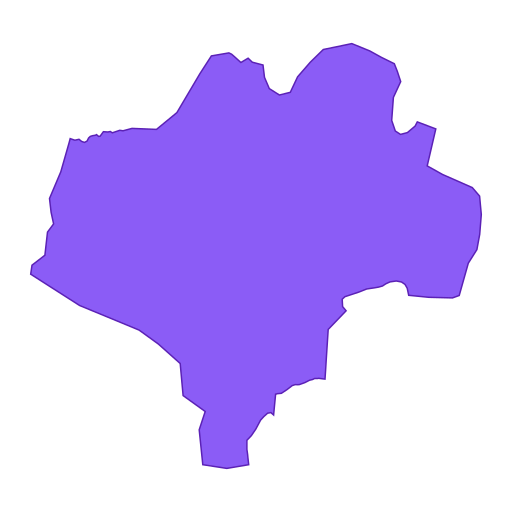 Tenenkou, Mopti, Mali
{"feature_id": "8926073B19754802458169", "entity_name": "Tenenkou", "entity_type": "district", "adm_level": 2, "iso_a3": "MLI", "parent_name": "Mali", "parent_adm1": "Mopti", "projection": "albers", "projection_center": [-4.939, 14.587], "detail": "fine", "context": "isolated", "style": "filled", "palette": "violet", "viewbox_px": 512, "rotation_deg": 0, "n_neighbors": 0, "source": "geoboundaries", "source_scale": "gbopen_adm2", "svg_char_len": 1727}
<svg xmlns="http://www.w3.org/2000/svg" viewBox="0 0 512 512"><path d="M346.1,310.8L342.6,306.6L342.2,299.2L344.9,296.7L359.1,292.0L366.6,289.0L369.9,288.5L374.6,287.8L378.6,287.1L382.5,286.0L385.8,283.8L390.0,281.9L396.3,281.0L401.5,282.0L405.0,284.4L407.2,288.2L408.7,295.3L428.8,297.3L452.5,297.9L459.2,295.5L468.3,263.2L476.9,249.6L479.7,234.4L481.3,214.6L479.6,196.1L472.3,187.6L442.6,174.5L427.2,165.9L435.8,128.9L417.3,121.9L415.1,126.1L407.4,132.6L400.5,134.4L395.3,131.0L391.7,120.4L393.4,97.4L400.7,81.6L397.3,71.3L394.3,63.7L381.5,57.4L369.7,50.9L351.8,43.6L323.3,49.5L310.3,62.2L297.6,76.8L290.3,92.3L279.4,95.0L269.3,88.6L264.5,77.4L263.0,65.0L252.3,62.2L249.7,59.7L248.1,58.2L240.9,62.5L234.7,56.9L231.6,54.2L228.9,52.9L211.4,55.9L199.9,73.7L176.9,112.6L156.5,129.4L132.0,128.4L123.0,130.8L119.8,130.3L112.3,132.8L110.3,131.5L107.9,132.0L103.4,131.7L100.1,136.2L98.6,136.4L96.5,134.6L95.5,135.2L92.5,135.7L90.3,136.4L88.6,138.0L87.3,140.6L87.0,141.1L84.5,142.4L82.7,141.8L81.6,141.4L79.0,139.3L74.9,140.2L71.3,139.0L70.2,138.6L69.0,143.1L60.8,171.8L49.5,198.5L51.1,212.3L53.6,223.9L47.5,232.1L44.9,255.2L32.0,265.2L30.7,274.2L79.6,305.5L139.1,330.1L158.3,344.0L180.2,363.5L183.1,395.6L205.2,411.5L199.2,429.8L202.8,464.7L226.8,468.4L248.7,464.7L247.9,457.6L247.6,454.3L246.9,449.4L246.9,440.3L251.3,435.7L255.8,429.1L260.6,420.1L263.9,416.5L267.6,413.2L270.9,412.6L273.6,415.0L275.6,394.3L275.6,394.2L275.8,394.2L277.3,393.7L281.4,393.3L287.0,389.6L292.2,385.6L295.2,384.6L297.3,384.7L299.3,384.6L304.9,382.6L309.6,380.2L312.6,379.5L314.6,378.5L317.5,378.5L318.8,378.3L319.4,378.4L322.4,378.8L325.0,379.1L325.6,370.2L326.2,360.3L328.2,329.4L346.1,310.8Z" fill="#8b5cf6" stroke="#5b21b6" stroke-width="1.5"/></svg>